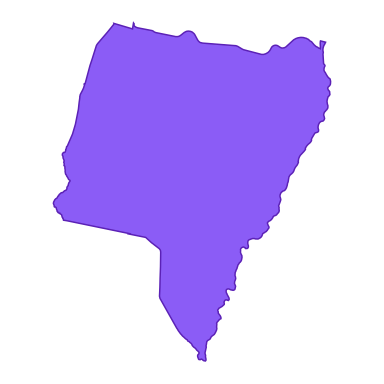 outline of Capital, Tucumán, Argentina
{"feature_id": "61730980B8317426780894", "entity_name": "Capital", "entity_type": "district", "adm_level": 2, "iso_a3": "ARG", "parent_name": "Argentina", "parent_adm1": "Tucumán", "projection": "orthographic", "projection_center": [-65.196, -26.847], "detail": "fine", "context": "isolated", "style": "filled", "palette": "violet", "viewbox_px": 384, "rotation_deg": 0, "n_neighbors": 0, "source": "geoboundaries", "source_scale": "gbopen_adm2", "svg_char_len": 5896}
<svg xmlns="http://www.w3.org/2000/svg" viewBox="0 0 384 384"><path d="M325.6,42.2L320.5,40.9L320.4,41.0L320.2,43.2L320.4,47.4L320.3,48.7L319.6,48.3L318.5,48.0L317.7,47.3L316.0,46.5L314.1,44.8L311.5,41.7L310.1,41.0L308.3,39.3L307.6,39.1L306.5,38.4L303.1,37.5L300.7,37.4L298.1,37.8L296.0,38.5L293.7,39.8L285.8,47.0L284.5,47.7L282.8,48.0L281.7,48.0L280.3,47.4L277.5,45.6L275.9,45.2L274.2,45.4L272.8,46.1L272.1,46.7L271.6,47.3L270.0,50.3L269.2,51.3L268.0,52.5L265.7,53.8L263.6,54.4L261.5,54.4L243.5,49.7L242.1,49.0L237.6,46.3L235.9,45.7L202.7,43.1L200.5,42.6L199.6,42.2L198.2,40.8L197.6,39.9L194.7,34.5L194.1,33.7L192.3,32.1L190.6,31.4L188.6,31.1L187.4,31.2L186.3,31.4L184.2,32.5L181.2,34.9L179.9,35.8L178.9,36.3L177.6,36.6L175.7,36.6L155.9,32.6L154.3,32.0L153.4,31.2L152.1,30.6L137.6,27.8L136.2,27.3L134.6,26.3L134.2,25.7L134.0,25.1L134.1,23.8L133.5,23.0L132.5,28.9L113.9,23.4L114.0,23.7L113.5,24.7L107.5,32.1L97.8,43.4L96.8,44.8L96.3,45.8L92.1,59.2L90.0,65.5L85.1,83.7L84.5,83.7L84.1,84.0L84.2,84.6L84.5,85.0L83.5,88.1L82.5,90.3L80.3,94.5L79.8,96.6L79.8,97.7L79.1,102.8L78.4,109.3L75.4,124.3L72.5,134.1L67.3,146.1L66.6,146.7L66.2,148.7L65.7,149.5L65.7,150.5L65.3,151.5L65.0,152.2L64.6,152.4L64.4,152.5L63.8,152.4L63.4,152.5L62.4,153.9L62.3,155.1L62.9,156.2L63.1,157.2L63.0,157.6L63.1,158.1L63.8,159.7L64.0,160.4L64.2,160.8L64.1,161.5L63.8,161.9L63.7,162.1L64.2,163.5L64.1,164.2L64.2,164.9L64.0,165.6L64.6,166.0L64.8,166.4L64.9,167.4L64.9,168.4L65.2,170.1L65.1,171.4L65.5,173.8L65.7,174.3L66.2,174.8L66.8,176.2L67.8,177.7L68.6,179.4L70.0,180.4L69.9,181.4L69.0,182.5L68.3,184.4L68.2,185.6L67.5,186.3L67.1,187.0L66.9,187.7L66.9,188.9L65.9,190.3L64.5,190.8L62.7,192.5L62.0,192.7L61.3,192.7L60.9,193.0L60.2,193.7L59.4,194.3L59.1,194.9L58.5,195.4L58.5,195.9L57.9,196.4L56.8,198.2L55.7,198.8L54.7,199.9L54.1,201.2L53.6,202.1L53.4,203.5L54.2,205.6L54.2,206.4L54.5,207.0L55.5,207.0L56.3,207.9L56.3,208.7L57.1,210.5L57.0,211.0L58.1,212.6L58.3,212.7L58.7,212.5L59.1,213.2L59.5,213.5L60.0,213.3L60.4,213.9L61.6,214.8L62.2,217.2L62.7,217.7L62.8,218.4L63.2,218.8L63.5,220.2L66.7,220.7L129.4,233.6L128.8,234.0L145.7,237.4L151.5,242.7L159.3,248.7L160.4,250.2L160.7,252.1L160.5,266.7L160.1,278.4L159.9,287.3L159.5,296.2L160.0,298.4L176.7,328.1L177.6,329.4L178.1,330.4L179.5,332.3L180.7,334.0L181.4,334.5L181.6,334.9L182.6,336.1L183.5,336.8L185.7,338.9L187.1,339.7L187.7,340.9L188.1,341.2L189.1,341.6L189.8,342.4L190.9,343.2L191.9,344.4L192.1,345.2L192.4,345.7L193.6,347.0L195.5,348.4L196.8,350.2L197.6,350.8L199.0,352.3L198.9,353.7L198.6,354.1L198.0,354.6L197.7,355.3L197.6,355.8L197.7,356.8L198.6,359.2L198.9,359.5L200.2,359.7L201.0,359.2L201.7,359.1L203.5,360.6L204.8,360.9L205.4,361.0L205.9,360.4L206.0,359.2L205.5,356.8L205.6,355.3L205.1,353.7L205.0,352.9L206.3,347.0L206.0,346.0L206.3,344.9L206.8,341.6L207.7,340.5L209.9,339.2L210.5,338.4L210.5,338.2L210.6,337.8L211.3,336.8L212.1,336.0L214.3,334.4L215.4,332.6L216.5,330.2L216.8,328.8L216.8,328.1L216.6,327.2L216.8,324.3L216.8,323.8L216.6,323.4L216.8,322.7L217.1,322.2L217.9,321.4L218.8,320.2L220.6,318.7L220.9,318.7L221.0,318.4L220.9,317.3L220.3,315.9L218.3,313.2L218.2,311.6L217.8,310.7L217.7,310.1L218.0,309.5L218.6,308.9L218.7,308.4L222.0,306.5L224.2,304.5L224.3,303.3L224.0,302.2L224.5,301.0L225.2,300.1L226.2,299.8L227.4,300.2L227.5,300.1L227.9,300.3L227.9,300.2L228.3,300.3L228.8,300.1L229.2,299.2L228.9,297.7L227.0,294.2L226.9,293.6L226.5,293.1L226.2,292.1L226.1,290.9L226.3,289.9L226.7,289.5L227.2,289.1L228.4,288.9L229.3,289.1L230.6,289.8L233.1,290.3L234.1,290.0L234.7,289.6L234.9,289.3L235.2,288.1L235.6,286.2L234.5,283.5L234.7,281.5L235.7,278.8L235.5,277.0L235.0,275.5L235.2,272.4L235.7,271.5L236.0,270.4L237.0,268.4L237.2,267.4L237.6,266.4L237.7,265.8L238.1,264.8L238.9,263.8L239.3,262.9L240.1,262.3L241.1,261.0L241.5,260.0L242.0,257.5L241.9,255.7L241.0,253.9L240.5,252.5L240.6,250.3L240.5,249.5L240.7,248.8L241.3,248.0L241.8,247.6L243.2,247.0L244.1,247.2L244.6,247.6L245.0,247.6L245.5,248.5L247.1,248.5L247.9,248.0L248.3,247.1L248.4,246.0L247.8,243.8L247.8,242.1L248.0,241.0L248.4,240.3L249.3,239.7L252.3,238.6L254.1,238.5L255.4,238.9L257.8,239.0L258.6,238.8L259.3,238.3L260.2,237.9L261.0,237.2L261.7,236.3L262.4,234.8L262.6,233.8L263.4,233.2L264.8,232.5L265.2,232.0L266.3,231.5L266.8,230.8L267.4,230.2L267.6,229.7L268.9,228.0L269.0,227.4L268.9,226.7L268.3,225.7L267.6,223.9L267.4,222.9L268.1,221.9L268.9,221.2L270.2,220.6L271.5,219.5L272.9,217.5L273.2,216.6L273.5,216.3L274.6,215.7L275.7,215.4L276.6,214.8L277.4,213.7L278.6,212.5L279.2,211.0L279.2,210.3L279.0,208.9L279.1,207.4L278.6,205.9L280.3,201.4L280.8,199.8L280.5,198.1L280.0,196.7L280.0,195.1L280.7,193.3L281.3,192.4L283.0,191.0L284.0,190.8L285.3,189.8L286.4,187.9L287.2,185.4L287.6,183.1L288.1,182.0L288.9,177.1L289.4,176.1L290.3,174.8L291.6,173.8L292.9,172.5L293.7,171.2L294.7,168.5L295.9,166.6L297.0,165.3L297.5,164.4L298.4,162.4L298.4,162.0L298.2,161.9L298.1,161.4L298.5,160.0L298.6,158.9L299.4,156.9L300.3,155.3L303.9,151.5L305.3,149.7L305.5,149.1L305.3,148.2L306.9,145.7L308.2,144.3L309.9,142.9L310.9,141.7L311.5,140.6L311.4,139.5L311.9,138.1L314.7,133.4L315.4,132.8L316.7,132.5L317.9,132.0L318.5,131.2L318.6,129.8L318.3,129.1L318.0,127.2L318.1,126.5L318.5,124.6L319.4,122.9L320.0,122.2L321.0,121.5L323.1,121.0L323.8,120.3L324.3,119.4L324.6,118.5L324.0,116.0L323.7,115.3L323.7,114.6L323.9,113.6L324.5,112.0L325.1,111.6L326.0,110.4L326.8,109.7L327.8,108.0L327.9,106.6L327.9,105.6L327.4,104.1L327.0,101.5L327.2,99.9L328.0,96.9L328.6,96.4L329.9,94.7L329.6,91.5L328.2,89.8L327.7,88.2L327.9,87.6L328.3,86.9L329.6,85.7L330.3,84.6L330.5,83.5L330.6,81.3L330.2,79.4L329.8,78.6L328.8,78.0L327.6,76.6L326.2,74.3L325.3,72.6L324.5,71.5L324.0,70.3L324.0,69.0L324.2,67.8L324.5,66.9L324.9,66.2L325.0,65.6L324.8,65.1L323.6,63.6L323.0,54.3L323.3,52.1L323.0,51.2L322.9,49.6L323.1,47.9L323.8,45.6L324.7,44.2L325.0,43.1L325.4,42.9L325.6,42.2Z" fill="#8b5cf6" stroke="#5b21b6" stroke-width="1.5"/></svg>